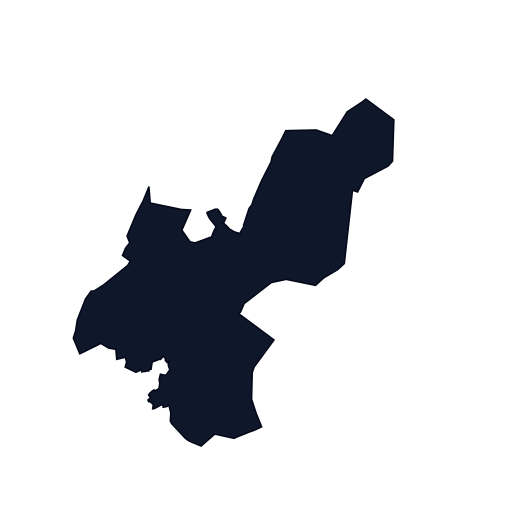 outline of Ife East, Osun, Nigeria, rotated 225°
{"feature_id": "59680162B92942987363648", "entity_name": "Ife East", "entity_type": "district", "adm_level": 2, "iso_a3": "NGA", "parent_name": "Nigeria", "parent_adm1": "Osun", "projection": "equal_earth", "projection_center": [4.586, 7.388], "detail": "fine", "context": "isolated", "style": "filled", "palette": "ink", "viewbox_px": 512, "rotation_deg": 225, "n_neighbors": 0, "source": "geoboundaries", "source_scale": "gbopen_adm2", "svg_char_len": 3746}
<svg xmlns="http://www.w3.org/2000/svg" viewBox="0 0 512 512"><g transform="rotate(225 256 256)"><path d="M188.2,313.1L234.2,370.7L229.4,373.1L234.1,387.4L226.2,412.9L226.5,419.6L254.8,449.8L289.3,444.7L290.0,439.3L293.5,422.5L287.3,395.0L302.6,387.7L323.6,365.7L320.8,357.4L314.8,337.6L311.8,333.0L306.8,317.6L304.9,312.0L299.8,299.3L298.2,295.1L295.2,289.3L294.6,284.8L286.5,268.8L285.6,268.1L283.4,260.3L284.7,259.8L285.5,259.4L286.3,258.9L287.0,258.5L287.8,258.1L288.5,257.8L289.0,257.7L289.5,257.5L289.7,257.4L290.2,257.3L290.7,257.2L291.1,257.0L291.7,257.0L292.1,256.8L292.4,256.6L293.1,256.5L293.8,256.4L294.3,256.4L294.7,256.4L295.1,256.4L295.6,256.5L296.3,256.5L296.9,256.5L297.5,256.5L298.2,256.5L298.7,256.5L299.2,256.5L299.6,256.4L300.4,256.4L300.9,256.4L301.1,256.4L301.7,256.4L302.0,256.4L302.4,256.4L302.5,256.6L302.6,257.0L302.7,257.8L302.8,258.1L302.9,258.7L303.2,259.2L303.4,259.9L303.6,260.5L303.9,261.1L304.1,261.6L304.4,261.6L304.6,261.5L304.9,261.4L305.2,261.3L305.4,261.2L305.6,261.1L305.9,261.0L306.3,260.8L306.5,260.8L306.8,260.7L307.1,260.5L307.4,260.4L307.6,260.2L307.9,260.2L308.3,260.2L308.5,260.2L308.8,260.4L309.2,260.5L309.5,260.6L309.9,260.8L310.2,260.9L310.5,260.9L310.8,261.0L311.1,261.1L311.3,261.1L311.7,261.2L312.0,261.3L312.4,261.4L312.8,261.5L313.2,261.5L313.6,261.6L313.8,261.6L314.1,261.7L314.6,261.9L314.9,262.0L315.4,262.0L315.9,261.9L316.4,261.9L316.6,261.6L317.0,261.3L317.2,261.1L317.5,260.8L317.7,260.5L317.9,260.2L318.2,259.8L318.4,259.4L318.6,259.0L318.7,258.5L319.0,257.9L319.2,257.4L319.4,256.9L319.6,256.5L319.9,255.9L320.1,255.4L320.4,254.8L320.6,254.2L320.8,253.8L321.0,253.4L321.2,252.9L321.5,252.4L321.3,251.9L320.9,251.7L320.2,251.3L319.3,251.0L318.7,250.8L317.8,250.4L317.1,250.2L316.4,250.0L315.9,249.9L315.2,249.8L314.6,249.6L314.2,249.6L313.7,249.4L313.3,249.4L312.7,249.3L312.2,249.3L311.3,249.2L310.6,249.2L310.2,249.1L309.6,249.0L309.1,249.0L308.6,248.9L308.2,248.8L307.6,248.8L306.6,248.6L306.1,248.6L305.7,248.6L305.3,248.7L304.7,247.9L304.5,247.2L304.1,245.8L303.6,244.1L302.9,242.5L302.5,241.4L301.5,239.4L301.4,239.2L301.0,238.1L308.4,222.2L312.7,219.4L326.7,221.9L334.7,242.4L341.9,236.0L368.3,218.7L380.8,229.4L374.7,214.9L374.3,213.5L373.6,211.2L370.1,200.3L361.3,178.9L354.6,176.0L354.2,172.3L353.8,169.2L350.8,161.9L341.3,163.5L340.1,158.6L343.4,127.5L345.8,116.8L347.8,114.6L346.2,105.0L337.2,84.5L330.6,75.4L327.1,68.7L311.4,62.2L303.9,84.4L295.0,86.7L289.1,90.9L281.4,84.4L276.8,91.9L272.5,89.5L270.0,84.9L258.8,88.8L258.3,89.7L257.4,92.4L257.2,94.0L256.1,93.8L254.8,93.2L253.8,94.7L252.8,95.8L251.8,97.6L250.9,98.4L250.5,99.0L251.2,99.7L250.1,101.9L251.3,103.3L254.4,107.7L252.2,112.3L251.4,114.4L251.0,114.7L250.4,115.3L250.5,117.7L250.8,119.6L250.1,119.6L249.3,119.5L247.6,119.4L246.1,117.9L245.5,118.2L244.4,117.8L243.4,117.8L243.4,120.6L242.8,120.5L242.5,118.7L240.8,116.7L238.7,115.6L236.8,114.8L236.4,114.0L235.7,109.7L235.5,107.6L236.9,106.9L238.1,106.0L240.0,104.9L239.7,104.1L238.6,102.5L237.4,100.4L236.6,99.7L234.3,98.1L232.8,96.3L231.0,93.8L231.9,89.4L233.2,89.4L233.5,89.1L233.9,87.2L234.1,84.1L233.9,82.4L233.7,81.7L230.3,81.1L230.7,78.1L230.4,77.6L228.9,77.1L228.6,78.1L227.3,77.8L225.0,78.8L224.8,78.2L223.6,78.3L221.0,74.8L219.9,76.4L219.4,78.1L218.8,80.0L217.4,84.7L215.4,84.1L214.7,83.4L212.6,86.4L212.3,88.0L211.7,88.6L209.8,87.5L205.2,84.7L200.0,78.8L197.2,77.8L177.3,77.1L173.4,77.6L168.2,79.5L160.4,82.8L159.2,100.9L142.6,111.5L141.0,115.7L139.7,118.7L138.0,122.6L136.2,126.9L134.4,130.6L132.8,134.7L131.2,139.2L144.6,144.9L157.8,151.6L176.2,170.9L178.8,176.2L183.9,209.4L227.5,203.0L227.3,205.4L230.7,214.0L226.4,248.0L218.1,260.8L193.1,277.3L192.6,288.6L188.6,304.1L188.2,313.1Z" fill="#0f172a" stroke="#020617" stroke-width="1.5"/></g></svg>